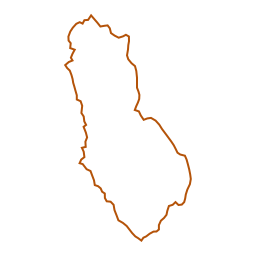 the district of Glaucilândia, Minas Gerais, Brazil
{"feature_id": "56859067B44524669514227", "entity_name": "Glaucilândia", "entity_type": "district", "adm_level": 2, "iso_a3": "BRA", "parent_name": "Brazil", "parent_adm1": "Minas Gerais", "projection": "equal_earth", "projection_center": [-43.642, -16.9], "detail": "fine", "context": "isolated", "style": "outline", "palette": "amber", "viewbox_px": 256, "rotation_deg": 0, "n_neighbors": 0, "source": "geoboundaries", "source_scale": "gbopen_adm2", "svg_char_len": 1689}
<svg xmlns="http://www.w3.org/2000/svg" viewBox="0 0 256 256"><path d="M79.6,163.2L82.7,164.1L86.6,169.2L90.5,171.0L92.4,176.1L94.0,180.3L94.8,185.1L98.1,186.2L100.7,188.4L102.1,191.7L104.8,193.5L104.9,198.0L106.7,201.3L110.6,201.7L113.6,204.8L114.5,210.1L116.5,215.2L118.4,220.3L122.9,222.9L126.7,226.0L129.4,229.5L132.1,233.0L135.3,236.4L138.2,238.2L141.4,240.6L143.4,237.7L146.2,236.4L149.7,233.7L153.5,231.6L156.5,231.5L158.9,229.5L158.9,225.1L160.9,220.7L164.0,218.0L166.5,214.8L167.3,210.9L168.9,206.0L172.7,204.8L175.5,202.1L178.5,205.0L181.8,204.6L184.2,202.1L185.2,198.4L185.8,194.5L187.3,189.7L189.9,184.2L190.8,179.0L190.2,174.5L189.2,169.4L187.9,164.3L186.6,159.6L184.9,155.7L180.2,154.5L177.5,152.7L175.7,149.0L173.8,145.3L171.4,141.7L167.3,136.1L164.4,132.2L162.0,129.0L159.3,124.7L155.6,120.6L151.0,117.9L147.4,118.4L143.7,119.8L140.8,115.5L138.9,111.4L134.8,110.0L136.2,106.3L137.9,102.6L139.2,99.0L139.4,94.9L138.5,91.6L137.0,87.7L137.0,82.8L137.0,77.7L136.3,71.0L135.0,66.1L131.5,63.2L128.3,59.3L127.0,55.4L128.0,49.5L128.3,45.1L129.0,41.2L128.9,36.5L125.9,34.8L122.9,36.4L118.7,37.7L114.6,35.6L111.0,33.1L109.8,28.3L107.6,25.4L104.4,25.8L100.4,26.5L97.3,22.6L94.6,19.5L91.1,15.4L88.1,19.9L84.4,20.2L82.6,23.6L79.7,22.2L76.3,23.8L72.8,27.7L70.3,31.5L68.4,36.6L68.6,40.6L70.7,43.2L70.2,48.1L74.7,49.7L72.5,53.8L70.9,57.7L72.5,60.5L68.8,62.0L65.2,65.1L67.2,68.1L69.8,70.6L71.5,75.1L72.6,79.1L73.2,82.8L74.2,86.1L75.5,90.8L76.8,95.3L76.8,99.5L80.6,101.2L82.2,105.8L81.4,113.0L83.7,116.5L84.3,121.4L86.1,124.9L83.6,126.8L85.9,132.7L87.1,137.4L85.4,141.7L85.7,146.9L81.9,147.8L83.7,151.7L84.4,157.1L81.2,159.6L79.6,163.2Z" fill="none" stroke="#b45309" stroke-width="2"/></svg>